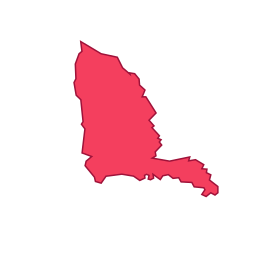 outline of Gazi Baba, Gazi Baba, North Macedonia, rotated 334°
{"feature_id": "65306769B82299046319271", "entity_name": "Gazi Baba", "entity_type": "district", "adm_level": 2, "iso_a3": "MKD", "parent_name": "North Macedonia", "parent_adm1": "Gazi Baba", "projection": "equal_earth", "projection_center": [21.531, 42.028], "detail": "fine", "context": "isolated", "style": "filled", "palette": "rose", "viewbox_px": 256, "rotation_deg": 334, "n_neighbors": 0, "source": "geoboundaries", "source_scale": "gbopen_adm2", "svg_char_len": 1100}
<svg xmlns="http://www.w3.org/2000/svg" viewBox="0 0 256 256"><g transform="rotate(334 128 128)"><path d="M123.4,29.6L120.2,38.9L116.6,39.8L108.7,47.4L102.8,60.9L99.4,63.5L95.8,75.8L98.0,81.9L90.4,102.6L87.8,104.2L88.9,109.9L75.8,130.3L82.9,137.7L75.8,139.5L72.9,143.1L76.3,157.4L75.3,161.8L79.7,165.8L87.1,161.7L102.2,166.8L111.9,173.7L115.6,180.3L121.3,180.4L122.1,177.8L124.4,177.8L126.1,179.8L123.8,182.8L125.6,184.4L129.0,184.3L130.2,180.6L134.4,188.5L138.3,186.2L143.8,187.6L146.4,193.0L151.8,194.9L152.1,199.7L161.5,204.9L161.7,209.9L170.0,215.0L170.1,217.2L165.2,220.1L168.2,223.8L174.0,222.5L176.8,226.4L180.4,225.6L183.1,220.0L178.4,210.4L181.9,206.4L178.9,202.5L180.9,199.6L176.5,197.0L180.0,194.2L174.8,186.1L168.1,184.1L170.8,181.1L150.8,176.0L136.6,165.7L140.9,165.3L142.0,161.4L150.8,158.1L150.0,154.3L152.6,153.0L150.2,150.3L152.8,148.8L149.7,138.2L152.3,137.5L150.3,130.2L159.8,126.8L157.7,107.8L154.4,106.2L159.9,101.3L157.2,94.5L159.4,88.9L157.8,82.1L153.7,79.2L153.4,80.6L149.5,71.5L149.4,59.7L136.4,49.5L123.4,29.6Z" fill="#f43f5e" stroke="#9f1239" stroke-width="1.5"/></g></svg>